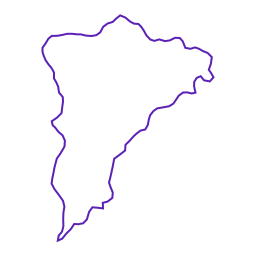 Goiabeira, Minas Gerais, Brazil
{"feature_id": "56859067B98239132971744", "entity_name": "Goiabeira", "entity_type": "district", "adm_level": 2, "iso_a3": "BRA", "parent_name": "Brazil", "parent_adm1": "Minas Gerais", "projection": "albers", "projection_center": [-41.236, -19.04], "detail": "fine", "context": "isolated", "style": "outline", "palette": "violet", "viewbox_px": 256, "rotation_deg": 0, "n_neighbors": 0, "source": "geoboundaries", "source_scale": "gbopen_adm2", "svg_char_len": 1616}
<svg xmlns="http://www.w3.org/2000/svg" viewBox="0 0 256 256"><path d="M57.8,240.6L62.2,238.7L66.3,233.6L70.9,229.0L74.2,224.0L78.4,224.2L83.1,223.3L86.9,219.4L89.1,211.9L92.4,207.3L97.2,207.7L103.0,208.4L102.8,202.8L107.6,201.6L112.3,197.9L112.8,192.6L110.4,186.7L109.0,182.5L110.3,177.5L111.7,171.3L113.1,164.7L114.2,158.7L120.4,154.2L125.1,150.5L125.5,144.8L129.3,141.1L133.9,136.0L136.8,133.4L140.5,130.6L145.2,129.5L147.8,125.1L148.8,119.6L150.1,115.3L153.4,111.1L157.1,108.4L162.3,107.5L169.2,106.2L173.4,103.6L175.8,100.1L178.7,95.7L183.1,92.5L187.4,92.4L191.8,93.5L195.5,92.6L194.1,86.5L194.2,81.9L196.7,77.9L200.7,76.2L204.0,80.3L209.8,81.4L213.5,77.3L211.2,73.2L208.8,69.8L210.9,63.7L211.8,57.1L207.7,53.0L202.8,51.0L199.0,48.8L195.1,47.4L190.4,48.8L185.3,47.8L182.8,41.4L179.8,38.0L175.0,37.8L169.8,40.4L165.0,41.1L159.2,39.4L154.4,40.9L150.3,39.5L146.4,35.4L143.8,30.6L141.4,27.0L138.5,24.0L133.9,23.6L130.2,21.6L125.4,17.6L120.2,15.4L116.0,18.7L112.8,21.9L107.6,23.5L103.2,26.8L100.2,32.4L96.4,35.1L91.8,36.0L85.9,35.6L80.6,34.3L76.6,34.3L72.1,33.8L67.1,33.8L62.5,34.9L57.4,35.8L51.8,35.9L48.4,38.7L45.5,43.5L42.5,47.8L42.5,52.0L43.8,56.0L45.7,60.4L48.6,64.5L51.6,68.1L54.0,72.5L54.0,78.4L56.5,82.8L58.2,86.7L59.0,92.5L62.8,97.1L63.0,101.6L62.2,107.5L61.5,113.2L56.8,117.8L51.8,121.2L52.6,125.1L55.3,127.7L58.4,131.8L62.6,135.4L64.9,140.6L64.5,146.5L62.2,150.5L60.0,154.1L56.8,158.6L55.3,164.3L54.3,168.3L53.6,172.3L52.4,177.9L51.6,183.6L54.3,188.9L58.3,194.2L63.0,200.8L64.4,206.6L63.4,212.8L63.2,219.2L63.4,226.2L62.0,231.7L58.7,235.6L57.8,240.6Z" fill="none" stroke="#5b21b6" stroke-width="2"/></svg>